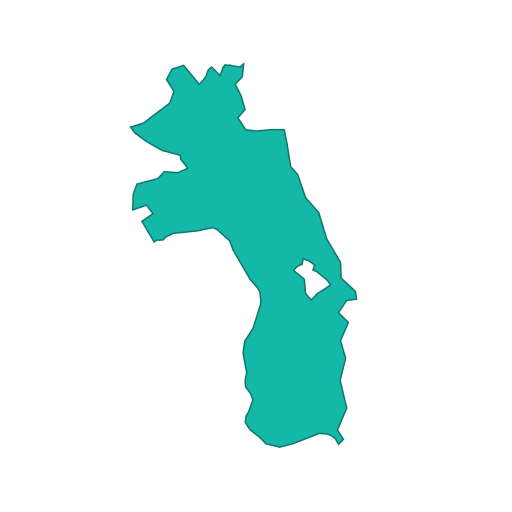 Pskent, Tashkent, Uzbekistan, rotated 45°
{"feature_id": "79887680B75193688061986", "entity_name": "Pskent", "entity_type": "district", "adm_level": 2, "iso_a3": "UZB", "parent_name": "Uzbekistan", "parent_adm1": "Tashkent", "projection": "natural_earth1", "projection_center": [69.451, 40.796], "detail": "fine", "context": "isolated", "style": "filled", "palette": "teal", "viewbox_px": 512, "rotation_deg": 45, "n_neighbors": 0, "source": "geoboundaries", "source_scale": "gbopen_adm2", "svg_char_len": 1652}
<svg xmlns="http://www.w3.org/2000/svg" viewBox="0 0 512 512"><g transform="rotate(45 256 256)"><path d="M111.4,128.9L111.2,133.6L107.3,136.4L104.6,138.3L102.9,139.2L100.7,141.6L99.0,142.6L99.4,146.1L103.1,153.9L101.5,153.8L91.0,153.8L90.8,156.3L90.7,158.3L91.2,159.4L93.5,164.0L94.3,168.7L94.5,174.7L70.0,172.4L64.5,183.2L68.0,194.5L81.7,197.6L86.9,209.0L84.1,228.6L82.6,241.2L76.2,253.5L83.5,254.7L98.4,252.3L115.1,247.7L131.2,238.3L134.3,240.8L145.7,242.2L141.9,252.3L131.5,261.3L131.8,270.8L121.0,289.2L125.3,298.9L136.2,310.6L142.6,297.5L153.2,298.9L150.8,312.2L174.0,318.1L174.6,315.1L178.9,310.3L178.8,306.3L181.5,298.5L187.7,290.9L197.0,279.3L205.5,266.3L209.7,264.8L226.9,263.9L235.5,268.0L268.4,276.7L278.6,277.3L284.1,278.6L291.3,284.4L293.9,287.9L305.0,309.1L308.2,324.0L315.4,333.7L331.8,345.0L336.7,352.1L341.3,355.9L350.2,357.3L355.5,359.9L361.0,371.3L362.1,376.1L366.0,381.2L369.4,382.0L374.7,383.1L386.2,381.7L395.8,381.7L407.9,374.4L414.9,362.4L426.1,336.8L431.9,331.7L436.2,329.7L441.2,329.1L447.5,330.8L447.5,323.8L436.6,321.4L427.7,299.4L403.5,284.5L391.7,265.0L375.6,256.0L368.3,237.7L354.4,237.7L351.5,223.3L357.6,215.5L351.3,210.7L331.8,211.4L320.4,200.8L293.9,193.9L269.6,180.9L249.9,179.7L227.8,168.9L217.3,168.3L198.9,154.9L186.6,146.7L177.5,155.8L167.7,167.6L159.5,174.0L145.5,171.1L144.7,160.2L132.3,153.3L119.8,149.2L119.6,139.0L111.4,128.9ZM303.8,220.8L306.2,225.6L310.2,224.1L316.2,223.4L323.0,222.8L329.3,223.7L325.9,239.8L326.2,248.1L317.5,247.4L306.7,238.3L299.5,238.9L292.8,239.7L292.5,235.1L293.9,229.7L294.6,229.4L291.3,224.6L296.1,222.4L303.8,220.8Z" fill="#14b8a6" stroke="#0f766e" stroke-width="1.5"/></g></svg>